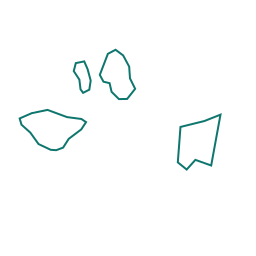 Mont Fleuri, Mercator projection, rotated 222°
{"feature_id": "SYC-5215", "entity_name": "Mont Fleuri", "entity_type": "state/province", "adm_level": 1, "iso_a3": "SYC", "parent_name": "Seychelles", "parent_adm1": "", "projection": "mercator", "projection_center": [55.496, -4.623], "detail": "fine", "context": "isolated", "style": "outline", "palette": "teal", "viewbox_px": 256, "rotation_deg": 222, "n_neighbors": 0, "source": "natural_earth", "source_scale": "10m", "svg_char_len": 700}
<svg xmlns="http://www.w3.org/2000/svg" viewBox="0 0 256 256"><g transform="rotate(222 128 128)"><path d="M166.5,63.5L170.8,60.1L183.7,56.2L197.4,59.2L209.4,59.2L214.9,62.6L209.4,74.7L199.9,87.6L180.6,95.3L168.7,103.5L163.1,104.3L161.8,95.7L164.8,80.3L163.1,70.0L166.5,63.5ZM56.6,136.4L68.0,135.8L89.7,163.9L75.9,184.3L68.2,199.8L41.1,155.8L56.6,149.4L56.6,136.4ZM177.2,146.0L184.5,148.6L192.6,169.7L189.6,177.8L180.2,178.7L168.2,174.4L159.7,166.2L148.9,161.9L148.1,149.0L154.1,143.4L164.4,143.9L171.7,149.0L177.2,146.0ZM184.9,124.1L189.2,125.0L196.5,131.4L206.4,134.0L210.2,141.3L205.1,148.2L197.4,144.7L187.5,138.3L182.4,130.6L184.9,124.1Z" fill="none" stroke="#0f766e" stroke-width="2"/></g></svg>